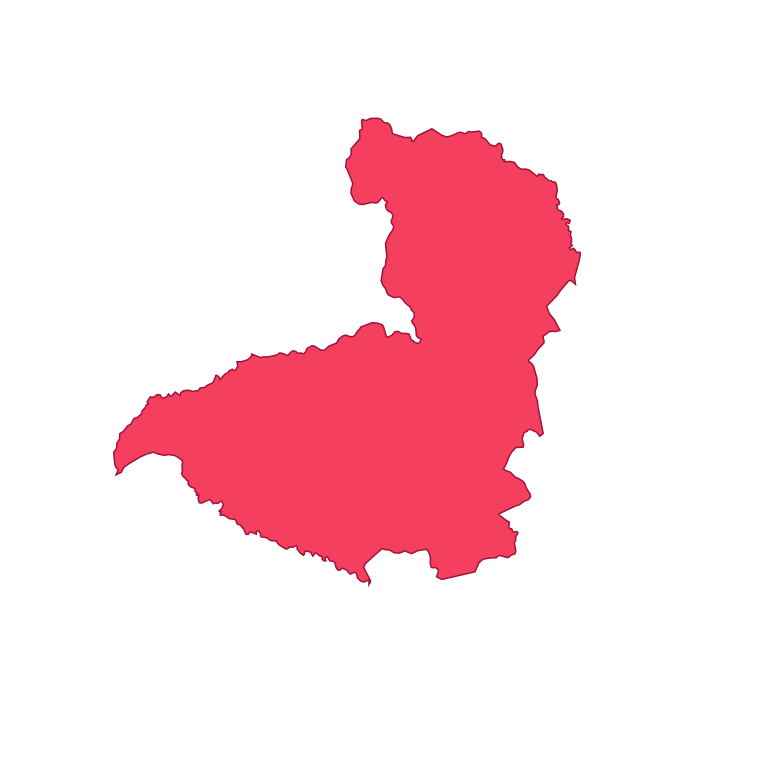 outline of Mocuba, Zambezia, Mozambique, rotated 319°
{"feature_id": "85939544B358257057392", "entity_name": "Mocuba", "entity_type": "district", "adm_level": 2, "iso_a3": "MOZ", "parent_name": "Mozambique", "parent_adm1": "Zambezia", "projection": "orthographic", "projection_center": [36.843, -16.852], "detail": "fine", "context": "isolated", "style": "filled", "palette": "rose", "viewbox_px": 768, "rotation_deg": 319, "n_neighbors": 0, "source": "geoboundaries", "source_scale": "gbopen_adm2", "svg_char_len": 6171}
<svg xmlns="http://www.w3.org/2000/svg" viewBox="0 0 768 768"><g transform="rotate(319 384 384)"><path d="M241.1,525.4L243.7,524.6L244.9,523.2L248.3,509.1L252.3,507.3L274.3,506.9L276.5,510.2L279.4,512.9L280.8,517.8L284.7,521.8L290.2,523.6L293.4,530.1L300.1,532.0L307.3,536.3L307.7,539.2L305.6,544.9L301.1,549.8L299.4,553.3L299.9,554.4L302.4,556.3L303.0,558.5L302.8,560.0L301.8,561.4L297.2,564.0L299.4,569.4L329.4,585.4L338.5,581.2L343.8,581.2L350.4,585.2L354.6,588.7L357.7,588.7L358.9,589.3L363.2,595.9L364.4,596.6L367.9,596.5L371.0,598.0L372.7,597.4L374.3,596.0L378.0,589.5L381.2,588.1L383.1,585.6L386.6,584.7L387.6,583.9L387.4,582.5L385.0,581.0L384.3,579.7L385.4,577.3L384.0,575.1L384.2,574.2L388.0,570.3L386.9,567.8L385.0,558.4L385.3,557.3L403.2,562.3L406.8,563.9L413.0,564.5L416.8,565.9L419.1,565.8L420.8,565.0L422.0,563.3L423.2,555.7L424.9,551.6L425.1,549.3L423.7,543.8L421.9,540.5L421.5,533.6L418.8,528.8L418.5,526.5L424.5,524.2L430.2,521.0L435.6,519.1L441.9,518.5L447.4,522.9L448.0,522.7L449.7,521.3L452.2,515.9L457.8,512.6L460.9,513.5L463.0,513.2L464.6,514.0L467.6,520.6L467.3,525.6L471.7,525.8L485.8,501.4L488.7,497.4L491.3,490.8L493.4,488.5L498.8,485.5L503.0,480.4L508.4,469.0L508.9,465.1L507.9,461.5L509.9,460.7L516.3,460.6L523.3,458.7L531.4,458.0L532.4,457.3L535.3,452.4L536.2,452.3L540.0,452.9L541.9,452.6L544.7,453.8L547.9,457.0L552.0,458.9L554.7,447.5L555.0,439.5L557.6,432.0L573.0,430.7L578.8,429.1L591.2,427.3L593.2,429.0L593.9,434.3L597.6,428.7L612.5,418.8L617.9,414.3L618.3,413.0L615.4,410.8L616.2,408.6L616.0,405.8L613.1,405.0L612.5,404.0L613.2,402.9L617.0,403.0L616.9,400.6L619.1,399.6L621.3,396.5L622.5,393.6L625.1,391.9L625.1,391.1L623.7,389.7L626.7,386.1L626.1,383.2L626.5,382.0L628.0,382.3L629.1,384.3L631.9,382.6L630.4,379.2L626.5,376.5L626.7,375.4L629.4,375.4L631.1,373.4L631.2,369.7L629.8,367.1L629.7,364.7L630.8,364.6L631.5,362.0L633.5,363.3L635.4,362.5L636.5,359.2L635.9,357.0L636.2,355.8L641.6,351.8L644.6,347.4L645.7,344.6L645.3,343.4L644.2,343.1L643.3,340.0L641.8,338.6L641.4,334.9L640.6,333.5L641.6,331.4L641.4,329.8L639.5,328.8L638.6,327.2L636.3,327.8L635.6,327.2L634.1,318.4L632.2,315.0L628.3,311.7L627.3,307.7L627.8,302.9L627.2,301.3L625.1,298.7L620.5,295.1L622.0,294.3L622.0,293.5L620.7,292.8L620.6,292.0L622.3,288.7L626.0,286.6L627.6,284.8L629.7,279.5L628.3,277.4L624.2,277.7L621.1,273.2L621.1,264.7L619.4,262.3L622.1,258.8L621.9,255.7L614.9,250.9L613.3,248.7L610.7,248.7L609.1,248.1L607.2,244.5L605.5,243.3L596.5,240.4L593.2,238.3L590.7,233.9L587.6,222.8L572.3,218.7L565.7,220.1L564.6,219.8L565.9,215.3L561.3,211.5L554.6,200.6L557.1,196.5L558.5,192.5L558.0,189.7L555.6,186.8L555.2,181.6L553.2,179.0L547.7,174.5L543.4,173.5L541.0,170.0L539.4,171.1L534.8,177.4L531.9,176.6L526.7,183.0L513.3,185.0L510.0,189.1L506.5,190.4L502.8,190.2L497.4,195.1L496.9,198.2L492.2,211.8L490.8,213.2L487.7,214.9L484.3,218.2L481.8,226.1L483.0,231.5L486.0,234.8L493.6,238.7L496.3,241.7L498.3,243.0L504.2,242.0L505.5,242.7L505.1,246.3L506.3,248.4L502.9,249.6L501.4,251.4L500.6,254.1L500.6,255.9L501.9,259.3L501.5,262.9L496.4,265.7L495.2,267.5L494.9,270.9L494.1,272.0L491.7,273.5L486.6,274.6L478.1,278.4L476.4,280.1L469.8,289.8L466.7,291.8L462.7,295.6L458.7,296.5L449.6,304.2L448.0,308.5L447.6,313.7L446.2,316.6L445.8,319.6L447.7,324.5L449.6,326.5L451.8,327.4L453.2,329.2L453.6,332.8L453.2,336.8L454.3,343.4L453.2,346.2L453.4,349.5L451.5,352.7L448.2,354.3L446.9,354.3L445.8,355.3L445.0,362.1L440.2,368.7L440.1,371.4L441.5,374.5L437.9,376.2L436.5,375.8L434.5,372.5L434.4,370.3L433.5,368.5L435.7,362.8L433.6,360.1L430.5,357.4L429.2,353.7L426.7,351.7L421.9,352.4L417.0,351.0L417.2,349.1L420.9,341.2L421.6,338.4L418.9,333.6L415.0,329.8L403.6,325.7L401.4,326.8L399.3,326.6L394.4,328.1L391.9,328.0L389.7,326.3L387.1,322.0L384.2,320.6L379.7,320.4L375.1,322.0L367.2,319.3L361.0,319.4L358.4,316.6L356.4,309.9L355.0,308.0L349.4,306.6L345.9,308.3L343.2,308.5L341.3,305.7L339.1,304.4L338.8,301.6L337.6,299.7L335.7,298.8L330.9,299.3L329.5,298.8L327.8,294.7L325.6,292.1L321.9,291.7L314.7,287.7L309.7,283.7L308.0,283.0L303.9,274.7L302.4,275.9L300.6,276.3L296.7,276.1L291.4,273.9L287.7,270.7L285.4,274.5L281.0,276.2L279.9,275.6L279.1,273.2L277.4,273.2L276.2,272.3L273.6,273.1L270.0,272.2L263.1,273.1L264.0,271.2L263.6,267.9L262.6,267.2L259.1,269.4L255.0,270.8L250.9,269.2L246.0,268.8L242.6,266.3L239.2,267.2L237.3,265.5L235.1,264.5L232.1,260.1L228.1,257.5L225.1,257.2L222.6,258.9L221.1,253.1L215.5,253.6L214.7,252.7L214.8,250.1L211.8,251.0L208.8,250.2L207.3,248.8L207.9,245.5L206.1,243.5L205.1,243.0L201.9,243.2L199.0,240.4L193.8,242.0L193.1,242.6L193.3,244.0L192.8,244.7L190.7,243.9L188.4,245.2L184.2,245.4L181.4,247.4L175.9,247.4L172.6,246.0L166.6,248.2L163.0,247.4L156.1,248.8L152.1,248.1L148.0,252.2L143.8,253.3L139.8,257.2L135.2,258.2L128.4,267.6L127.1,270.8L127.0,274.4L122.3,276.7L127.8,278.3L133.1,276.2L138.5,276.7L152.0,279.1L158.5,281.0L165.3,284.2L167.4,288.4L171.4,293.8L175.0,295.8L179.4,301.0L181.0,306.3L181.3,310.3L178.4,312.7L174.8,317.3L172.4,318.9L171.7,322.3L172.2,324.2L171.9,326.8L172.7,329.4L170.7,330.6L170.3,332.8L170.8,335.1L172.7,338.7L170.9,341.5L171.2,344.5L170.2,344.2L169.6,344.8L171.3,346.8L169.0,347.9L166.6,352.3L168.4,354.3L176.2,356.6L176.9,358.5L176.5,362.4L178.1,362.8L180.2,365.0L183.5,365.4L184.6,366.2L183.5,369.7L179.5,371.6L176.4,371.6L176.1,372.4L177.5,374.0L175.4,374.3L174.4,375.6L177.2,378.1L179.0,384.3L183.0,388.8L181.4,393.1L183.0,396.4L182.9,401.9L181.2,406.8L182.7,408.4L186.1,407.9L189.1,413.6L190.8,411.5L192.7,412.1L192.8,415.5L191.1,417.7L191.0,418.8L194.2,422.3L196.0,428.2L199.5,431.5L199.2,436.3L201.6,443.8L202.8,445.1L205.6,445.1L208.4,447.5L211.9,448.4L211.9,449.7L210.2,451.4L209.9,456.4L210.8,460.4L211.7,460.4L214.6,458.5L216.0,459.3L218.3,462.8L217.3,467.1L218.6,467.2L221.2,466.1L221.9,467.0L222.4,470.5L223.7,473.2L223.3,474.8L222.4,475.6L222.6,478.0L224.2,479.3L225.0,476.8L226.9,476.8L227.9,477.7L227.0,481.8L229.2,484.4L229.8,486.0L227.3,491.6L227.2,494.6L228.5,495.5L231.7,495.7L233.7,499.7L233.6,504.9L234.2,505.6L238.1,506.6L238.9,507.9L238.7,509.2L236.8,512.8L237.0,516.4L237.4,518.2L239.1,520.4L243.5,521.7L243.2,523.1L241.1,525.4Z" fill="#f43f5e" stroke="#9f1239" stroke-width="1.5"/></g></svg>